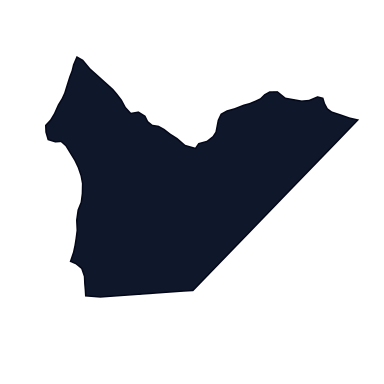 the district of Extremoz, Rio Grande do Norte, Brazil, rotated 188°
{"feature_id": "56859067B66024700668503", "entity_name": "Extremoz", "entity_type": "district", "adm_level": 2, "iso_a3": "BRA", "parent_name": "Brazil", "parent_adm1": "Rio Grande do Norte", "projection": "mercator", "projection_center": [-35.258, -5.677], "detail": "fine", "context": "isolated", "style": "filled", "palette": "ink", "viewbox_px": 384, "rotation_deg": 188, "n_neighbors": 0, "source": "geoboundaries", "source_scale": "gbopen_adm2", "svg_char_len": 1218}
<svg xmlns="http://www.w3.org/2000/svg" viewBox="0 0 384 384"><g transform="rotate(188 192 192)"><path d="M37.9,286.4L46.3,287.1L55.4,288.9L64.9,290.6L69.7,293.2L73.2,298.0L75.5,303.0L80.9,303.6L88.7,298.9L96.1,297.2L112.7,297.8L121.4,303.0L129.0,301.8L133.5,298.4L137.0,293.8L141.9,290.6L147.4,287.4L152.8,285.1L161.3,280.3L168.6,277.1L173.9,273.1L175.9,266.7L176.5,254.6L178.8,249.7L184.1,244.2L192.0,240.8L194.6,235.6L205.5,237.1L214.3,242.8L221.8,246.2L228.4,250.0L234.4,252.3L240.8,252.4L245.8,255.5L249.2,260.5L256.2,263.6L263.6,261.2L269.9,266.4L274.8,273.1L280.3,278.5L284.8,282.5L310.5,299.8L318.6,307.2L324.7,309.6L326.9,301.5L327.5,295.2L328.9,289.2L330.4,280.3L331.7,272.2L333.5,266.2L336.3,259.8L339.0,250.4L341.9,243.6L346.1,237.6L344.9,231.0L341.7,223.9L334.3,222.7L328.6,223.9L323.2,220.3L318.0,214.0L312.3,207.1L308.0,200.6L304.0,192.7L301.5,185.2L300.3,175.1L300.2,166.3L302.2,158.3L302.2,148.1L300.3,138.0L300.2,129.7L300.3,123.1L300.8,115.9L302.6,106.4L296.9,104.9L290.5,101.0L286.7,93.5L285.4,86.5L283.9,79.9L282.8,74.4L268.2,75.3L206.1,88.6L186.5,92.8L177.4,94.6L162.5,115.1L127.1,163.7L102.7,197.3L84.0,223.0L55.2,262.5L37.9,286.4Z" fill="#0f172a" stroke="#020617" stroke-width="1.5"/></g></svg>